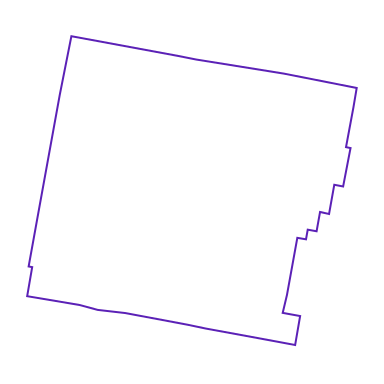 Newton, Arkansas, United States of America, rotated 189°
{"feature_id": "52423323B24705008980857", "entity_name": "Newton", "entity_type": "district", "adm_level": 2, "iso_a3": "USA", "parent_name": "United States of America", "parent_adm1": "Arkansas", "projection": "equal_earth", "projection_center": [-93.303, 35.925], "detail": "fine", "context": "isolated", "style": "outline", "palette": "violet", "viewbox_px": 384, "rotation_deg": 189, "n_neighbors": 0, "source": "geoboundaries", "source_scale": "gbopen_adm2", "svg_char_len": 531}
<svg xmlns="http://www.w3.org/2000/svg" viewBox="0 0 384 384"><g transform="rotate(189 192 192)"><path d="M45.8,300.8L45.6,320.5L119.8,323.3L208.6,323.5L226.8,324.2L335.5,327.0L337.8,267.4L340.5,147.9L341.7,92.9L338.1,92.8L338.5,63.7L338.5,63.3L285.2,62.8L266.7,60.8L238.9,62.0L175.3,60.2L157.2,59.3L84.0,57.5L66.2,57.0L65.8,86.4L83.5,86.8L82.1,105.2L80.8,163.2L72.0,163.1L71.8,172.9L62.8,172.7L62.4,192.3L53.2,191.7L52.6,221.4L43.6,221.1L42.3,260.2L46.9,260.4L45.8,300.8Z" fill="none" stroke="#5b21b6" stroke-width="2"/></g></svg>